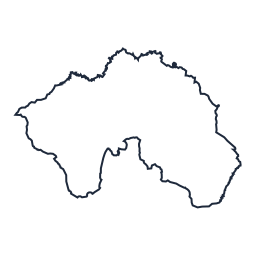 outline of Suhum Municipal, Eastern, Ghana
{"feature_id": "2480657B2570339807900", "entity_name": "Suhum Municipal", "entity_type": "district", "adm_level": 2, "iso_a3": "GHA", "parent_name": "Ghana", "parent_adm1": "Eastern", "projection": "natural_earth1", "projection_center": [-0.399, 6.043], "detail": "fine", "context": "isolated", "style": "outline", "palette": "slate", "viewbox_px": 256, "rotation_deg": 0, "n_neighbors": 0, "source": "geoboundaries", "source_scale": "gbopen_adm2", "svg_char_len": 5717}
<svg xmlns="http://www.w3.org/2000/svg" viewBox="0 0 256 256"><path d="M159.9,52.3L159.1,53.4L157.3,53.5L156.9,53.8L155.1,52.7L155.5,51.2L155.2,51.0L152.1,52.1L151.5,52.9L152.0,53.4L151.6,53.6L151.2,53.2L151.1,51.5L149.8,51.3L149.8,52.5L147.9,52.8L146.7,53.5L146.9,54.4L147.3,54.6L146.9,54.9L145.4,54.7L143.0,55.5L142.5,54.4L141.7,54.1L141.6,54.9L141.2,54.9L141.1,55.5L138.1,58.4L138.0,59.7L136.7,57.9L135.9,58.1L135.7,57.7L135.1,58.3L134.7,56.6L133.9,56.1L133.0,54.0L132.6,55.0L129.8,53.5L128.9,53.2L128.1,53.5L126.2,52.4L125.8,51.3L125.8,50.3L125.4,49.8L123.5,49.2L122.9,48.6L121.9,50.0L120.7,51.0L119.7,51.2L118.6,52.6L117.7,51.4L117.4,51.4L117.3,52.2L116.9,52.1L116.2,52.7L116.0,54.7L113.7,55.3L113.4,55.9L111.9,56.6L111.8,57.1L112.3,57.6L112.3,58.8L111.2,58.5L110.4,58.9L110.0,58.1L109.2,57.8L108.9,58.2L110.3,59.6L110.5,60.4L110.1,61.0L110.4,61.6L110.8,61.1L111.0,61.8L109.6,62.8L108.6,63.3L107.9,63.1L107.1,65.0L106.0,65.7L105.8,66.2L106.1,66.9L107.0,67.4L106.9,68.8L106.4,69.2L105.6,68.9L105.4,69.6L105.8,70.6L104.8,71.1L103.0,73.4L103.5,74.0L104.5,74.3L102.5,77.0L102.0,76.9L100.8,75.6L100.0,75.5L99.5,76.7L99.2,76.2L99.6,75.3L97.8,75.0L97.4,77.0L94.0,78.6L93.9,79.9L92.6,79.1L91.8,79.1L91.6,80.1L92.1,80.4L91.6,80.9L90.3,80.2L89.2,80.6L87.7,79.1L88.2,78.7L87.9,78.1L87.3,78.0L85.9,76.8L85.8,77.5L86.4,78.0L85.7,78.3L84.0,75.6L83.2,76.2L83.4,76.9L82.0,77.1L82.0,76.1L81.6,76.1L80.7,74.6L80.4,75.3L79.3,75.7L79.3,75.1L78.3,74.5L77.8,75.0L77.6,74.5L76.6,75.3L75.6,74.6L76.1,72.6L75.6,72.6L75.0,73.6L74.8,73.3L74.4,73.9L73.3,73.5L72.7,72.5L71.8,72.7L71.9,72.2L71.1,72.3L71.2,72.7L70.8,72.7L70.8,74.1L69.8,74.9L70.2,75.5L70.1,76.0L70.6,76.2L70.2,77.2L70.8,77.3L70.4,77.4L70.4,77.9L70.0,77.8L69.8,77.1L69.6,77.5L69.0,77.2L68.6,78.1L69.2,78.1L69.0,78.6L68.5,78.7L68.9,79.0L68.8,79.5L67.9,79.0L64.4,82.0L64.4,82.4L63.7,82.3L63.3,82.9L62.6,83.1L62.2,82.7L61.7,83.4L60.6,83.2L60.1,83.9L60.4,84.3L59.9,84.6L60.2,84.7L56.5,85.5L55.2,85.4L53.9,88.4L51.5,91.8L49.9,92.8L49.4,94.0L47.3,94.5L45.7,98.3L40.9,99.9L37.0,99.9L34.8,102.6L31.5,102.1L29.4,103.5L27.8,105.8L26.3,106.4L25.3,107.5L21.7,107.6L19.4,108.9L17.9,112.1L16.9,112.8L15.4,114.8L19.7,115.0L20.7,114.6L21.9,116.4L23.0,116.9L24.6,116.9L25.7,117.7L27.7,122.4L27.4,125.1L26.6,126.3L27.0,129.8L26.4,133.2L28.7,138.3L30.4,139.2L31.8,140.6L32.7,145.6L33.0,146.2L34.0,146.6L34.3,147.8L37.1,149.2L37.4,149.8L38.5,149.7L38.9,150.1L40.6,149.8L42.9,151.6L47.9,153.8L50.3,153.5L53.0,153.8L55.8,155.8L56.3,157.1L54.1,158.8L55.4,160.8L57.7,162.6L57.9,163.5L59.3,164.4L59.6,165.6L60.4,166.5L60.4,167.5L63.2,169.1L66.2,175.1L66.3,181.5L68.6,190.1L69.3,190.5L69.3,191.0L70.6,191.5L71.2,192.5L71.0,193.6L77.5,197.5L78.4,196.5L79.4,196.3L80.5,196.3L82.0,197.3L86.6,196.6L87.1,195.9L87.1,194.2L87.8,193.1L89.1,192.4L90.5,192.4L91.6,192.7L92.4,193.8L92.9,193.6L94.5,192.2L99.0,189.4L100.1,187.9L99.3,187.1L99.4,185.4L99.8,183.4L101.4,179.9L101.0,179.8L100.1,177.7L100.2,173.5L100.8,173.0L100.9,168.3L103.3,158.0L104.6,154.0L105.6,151.7L107.6,148.6L108.6,148.5L108.9,149.2L109.9,149.5L110.2,150.5L111.4,151.3L112.4,154.3L113.4,154.8L113.8,155.3L116.5,155.4L117.8,154.3L118.5,154.8L119.2,152.9L119.1,152.4L118.8,151.8L118.0,152.2L117.7,151.3L118.9,149.6L118.9,148.5L121.4,149.3L125.0,149.6L126.2,148.0L126.8,144.8L126.3,143.2L125.0,141.5L123.9,141.1L125.8,139.4L127.2,138.8L128.6,139.0L130.7,138.0L133.8,137.4L134.8,137.8L136.1,137.3L137.1,137.5L138.1,138.8L140.2,140.1L139.0,143.9L139.1,146.4L139.6,148.3L139.5,151.5L139.9,152.7L139.3,154.6L140.4,159.3L143.8,160.9L143.8,162.1L144.3,163.2L145.7,164.2L147.5,166.4L147.8,168.8L151.3,168.4L151.9,165.5L155.0,164.2L156.6,166.1L160.0,167.4L160.6,169.0L161.5,169.5L162.0,171.9L161.2,172.4L161.7,174.0L161.8,177.9L160.9,179.6L162.4,181.2L165.9,181.5L167.8,180.4L170.1,182.0L176.3,183.6L179.5,185.5L184.4,187.8L185.2,187.6L185.8,188.4L187.4,189.3L188.8,190.7L189.6,192.2L189.9,194.8L189.5,196.6L191.5,198.9L191.7,202.6L192.7,205.4L197.6,207.4L202.2,206.6L209.0,206.4L212.1,203.8L216.6,203.4L219.4,202.5L219.9,201.8L220.2,200.4L220.9,200.7L221.2,199.6L221.5,199.3L221.2,198.2L221.6,198.3L221.7,197.8L222.3,197.8L221.9,196.5L223.1,196.4L222.9,195.3L223.6,195.5L223.3,194.6L224.1,193.8L224.6,190.4L225.2,190.1L225.1,189.5L226.3,186.3L227.7,185.1L228.4,183.9L228.5,183.2L228.9,183.2L228.9,182.4L229.6,181.9L229.5,181.2L230.1,180.4L229.9,180.0L230.9,178.8L230.4,178.3L230.5,177.8L231.5,178.1L231.5,177.3L231.9,176.6L231.6,176.5L232.9,175.4L232.6,173.5L233.6,173.6L233.4,173.2L235.6,170.3L235.7,169.0L236.4,168.9L236.8,168.2L237.8,168.1L237.7,167.5L238.7,167.0L238.6,166.5L239.2,165.8L240.5,165.6L240.6,164.8L240.2,161.9L238.9,161.2L238.0,159.1L236.7,158.4L237.4,156.8L238.2,156.2L238.1,154.8L237.1,154.0L235.3,151.4L234.7,151.1L234.4,150.4L233.4,149.6L234.6,149.6L235.1,149.2L235.4,148.9L235.1,147.6L227.4,140.8L224.3,137.3L216.2,132.3L216.6,129.8L216.1,124.2L216.6,123.1L216.5,121.0L215.8,119.0L216.1,116.9L216.8,115.8L216.6,114.5L215.6,113.2L215.3,110.9L216.7,109.3L217.8,106.6L218.7,106.2L218.9,105.4L218.4,105.2L216.7,106.4L216.2,106.3L212.6,103.7L209.2,98.9L208.5,96.5L207.7,95.5L204.6,93.9L200.8,93.8L199.9,89.9L200.2,87.9L198.7,83.7L196.2,81.7L194.5,82.5L195.0,77.7L193.2,77.8L192.3,76.7L190.9,75.8L189.8,76.4L187.5,75.6L185.6,75.5L186.2,71.0L183.9,69.2L182.6,68.9L181.8,67.7L181.1,67.4L179.6,67.2L178.4,68.1L176.4,66.7L175.6,67.3L174.3,66.6L174.1,66.0L174.4,65.5L175.8,65.0L176.0,64.4L175.7,63.6L174.4,62.8L173.8,62.8L173.6,63.2L174.3,63.2L174.2,63.8L173.2,63.5L172.9,63.9L173.0,66.3L173.7,67.3L172.8,67.5L170.5,66.8L169.3,65.7L167.8,65.1L166.8,65.8L161.5,61.8L161.2,61.1L161.9,59.4L161.6,58.6L160.7,58.2L160.6,57.6L161.6,57.3L162.5,56.0L160.9,54.2L161.0,53.3L160.6,52.4L159.9,52.3Z" fill="none" stroke="#1e293b" stroke-width="2"/></svg>